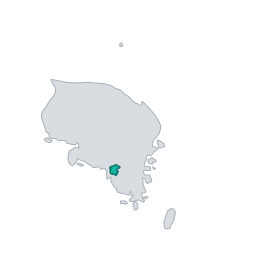 Jeongeup-si, North Jeolla, South Korea (highlighted), rotated 304°
{"feature_id": "91817680B14892127844453", "entity_name": "Jeongeup-si", "entity_type": "district", "adm_level": 2, "iso_a3": "KOR", "parent_name": "South Korea", "parent_adm1": "North Jeolla", "projection": "mercator", "projection_center": [126.936, 35.604], "detail": "fine", "context": "in_parent", "style": "filled", "palette": "teal", "viewbox_px": 256, "rotation_deg": 304, "n_neighbors": 0, "source": "geoboundaries", "source_scale": "gbopen_adm2", "svg_char_len": 4082}
<svg xmlns="http://www.w3.org/2000/svg" viewBox="0 0 256 256"><g transform="rotate(304 128 128)"><path d="M78.2,66.2L79.0,65.6L79.1,64.6L79.1,61.6L81.5,59.4L84.8,55.1L86.5,52.7L88.4,50.4L90.6,48.9L92.7,48.2L96.1,47.9L102.6,48.2L103.8,47.9L108.3,47.7L109.4,48.1L112.7,48.4L116.3,48.1L118.1,47.4L119.8,46.3L121.3,44.3L122.8,40.6L124.4,37.7L125.4,37.2L132.0,52.7L138.3,62.6L143.7,69.8L151.4,83.6L153.7,90.9L153.9,95.4L155.2,101.6L154.1,105.2L154.4,110.8L153.9,113.7L153.0,115.8L153.0,119.8L153.3,122.0L153.3,124.9L153.9,126.0L154.8,126.4L156.2,125.4L157.9,124.9L157.6,128.4L155.5,137.1L153.7,143.4L151.3,148.9L148.2,153.9L144.4,155.9L141.8,156.6L136.8,156.8L132.7,156.0L129.1,156.6L127.7,157.6L126.6,159.4L127.4,162.2L127.3,164.2L125.7,164.1L122.7,162.9L119.4,162.7L117.8,162.1L116.2,159.2L114.6,159.3L111.8,161.0L107.5,161.4L106.0,162.4L105.5,163.6L106.1,165.1L108.2,167.1L107.5,169.1L105.3,170.2L103.5,167.7L102.3,165.2L101.1,165.1L99.1,165.8L98.7,168.4L99.6,170.2L101.1,172.3L99.0,174.7L98.4,176.4L96.9,177.6L92.8,174.9L93.4,173.0L95.2,171.1L95.4,169.2L94.8,168.0L89.0,172.9L85.3,178.4L83.4,178.0L82.6,176.6L81.5,176.0L77.6,179.6L76.9,182.4L75.4,182.5L74.8,181.3L74.7,178.8L74.1,176.6L70.0,173.5L68.2,170.7L69.2,169.2L72.5,170.0L75.2,169.9L74.7,168.6L73.8,168.0L75.6,167.2L77.1,165.7L75.9,165.3L74.0,166.2L72.4,165.8L71.8,162.2L69.9,158.4L68.9,154.8L70.8,152.7L71.7,149.5L73.5,144.8L74.4,143.3L76.8,142.2L77.7,141.0L76.3,140.3L74.2,139.8L74.3,138.4L75.7,137.7L77.3,136.2L80.5,134.4L81.4,130.9L80.5,130.0L78.6,129.2L79.0,127.5L79.8,126.2L79.5,125.4L77.2,123.1L75.7,121.1L76.1,118.7L75.8,115.2L76.0,112.2L75.9,110.6L74.7,106.9L74.2,103.3L72.7,103.8L71.5,104.7L67.3,103.4L65.9,103.3L65.4,100.6L66.9,97.3L70.5,94.3L72.6,93.9L74.2,92.6L76.7,92.2L79.6,94.2L82.3,94.6L83.7,98.1L84.7,98.8L84.8,97.6L87.0,96.1L87.5,95.0L87.0,94.3L84.6,93.7L82.4,89.4L82.0,87.5L81.2,86.3L82.4,82.9L79.9,78.9L78.6,77.7L78.8,74.1L77.5,71.9L76.7,70.6L76.3,68.5L76.7,67.5L77.8,67.1L78.2,66.2ZM69.9,218.1L68.7,218.8L67.5,218.4L67.2,218.1L65.9,216.2L65.5,215.2L66.4,213.4L70.2,210.4L79.9,207.5L81.6,207.4L85.4,208.6L86.3,211.0L85.6,213.0L84.7,214.3L80.2,216.5L76.8,217.6L69.9,218.1ZM135.3,166.6L132.8,168.6L129.3,165.9L128.5,164.4L131.1,162.2L133.3,159.6L134.8,159.5L135.3,166.6ZM117.0,166.3L116.7,169.6L114.8,169.7L113.7,167.7L112.4,168.7L111.8,168.7L110.8,166.1L110.7,164.1L112.9,162.5L114.3,163.5L116.3,163.9L117.0,166.3ZM67.3,180.7L65.6,181.2L64.6,180.1L64.0,179.8L64.3,178.3L67.2,175.4L67.7,174.3L70.3,174.9L71.3,176.5L70.1,178.8L67.3,180.7ZM75.1,67.8L75.0,72.3L73.5,72.1L72.5,71.6L72.0,70.8L71.0,66.6L72.2,64.8L74.4,66.2L75.1,67.8ZM65.7,168.8L65.3,169.6L64.1,169.4L62.9,167.1L62.4,165.3L61.2,164.3L63.1,162.7L65.6,165.6L65.7,168.8ZM72.3,110.1L72.0,112.2L70.2,110.8L69.6,106.0L71.5,107.4L72.3,110.1ZM194.3,76.6L193.1,77.6L191.6,76.6L191.4,75.5L192.2,74.6L194.0,74.0L194.8,74.9L194.3,76.6ZM81.4,181.6L81.9,183.1L79.7,182.8L78.5,181.3L78.7,180.0L80.0,179.9L81.4,181.6ZM109.8,172.6L109.5,173.7L108.1,172.1L109.5,170.4L109.8,172.6Z" fill="#d9dde1" stroke="#a8b0b8" stroke-width="1"/><path d="M90.0,137.7L89.6,137.8L88.9,137.8L88.8,137.7L88.7,137.5L88.4,137.4L88.1,137.1L88.0,136.9L87.8,136.6L87.5,136.1L87.1,136.0L86.5,136.0L86.2,135.8L86.1,135.3L85.5,135.1L85.0,135.1L84.9,135.5L84.7,136.0L84.2,136.0L83.7,136.1L83.4,136.4L83.6,136.7L83.8,137.1L83.5,137.5L82.7,137.5L82.2,137.5L81.7,137.7L81.4,138.1L81.0,138.4L80.7,138.8L80.8,140.9L80.9,141.0L81.5,141.1L81.9,141.2L82.0,141.7L82.0,142.1L81.9,142.9L81.8,143.2L81.9,143.7L82.0,144.3L82.3,144.6L82.9,144.7L83.2,144.6L83.3,144.0L83.8,144.0L84.0,144.1L84.2,144.6L84.4,144.6L84.7,144.0L85.3,144.0L85.7,144.1L86.3,144.3L86.4,144.2L86.6,144.0L86.7,143.7L86.5,143.2L86.5,142.7L86.6,142.4L87.0,142.1L87.4,141.9L87.9,141.8L88.0,142.0L88.5,142.1L88.9,142.1L89.3,142.5L89.6,142.9L90.0,143.2L90.7,143.2L90.6,142.9L90.7,142.7L90.8,142.5L91.1,142.5L91.4,142.3L91.3,142.1L90.9,141.9L90.6,141.7L90.6,141.3L90.6,140.9L90.6,140.6L90.9,140.5L91.0,140.2L90.9,140.0L91.0,139.4L90.7,139.1L90.7,138.5L90.5,138.2L90.0,137.7Z" fill="#14b8a6" stroke="#0f766e" stroke-width="1.5"/></g></svg>